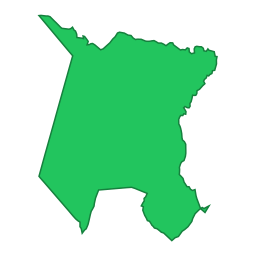 outline of Brejo da Madre de Deus, Pernambuco, Brazil
{"feature_id": "56859067B57083131073603", "entity_name": "Brejo da Madre de Deus", "entity_type": "district", "adm_level": 2, "iso_a3": "BRA", "parent_name": "Brazil", "parent_adm1": "Pernambuco", "projection": "equal_earth", "projection_center": [-36.237, -8.078], "detail": "fine", "context": "isolated", "style": "filled", "palette": "green", "viewbox_px": 256, "rotation_deg": 0, "n_neighbors": 0, "source": "geoboundaries", "source_scale": "gbopen_adm2", "svg_char_len": 2575}
<svg xmlns="http://www.w3.org/2000/svg" viewBox="0 0 256 256"><path d="M163.7,233.0L171.8,240.6L175.1,237.7L178.4,236.5L182.2,231.2L184.6,229.6L188.0,226.7L191.8,221.5L192.7,218.5L195.1,213.7L199.0,209.8L200.6,208.7L199.5,205.7L196.8,198.5L196.0,195.6L195.0,189.6L192.5,190.5L190.5,189.3L189.1,186.8L186.9,186.6L185.7,184.6L184.1,182.2L183.0,178.4L181.1,176.3L179.3,174.5L179.5,172.2L179.6,169.5L179.4,167.3L180.7,163.4L181.8,161.8L184.0,160.5L185.4,156.4L185.8,153.3L185.8,150.2L185.7,144.2L184.4,141.7L182.5,140.0L182.0,137.8L181.7,133.6L181.2,130.8L180.6,128.2L180.0,126.3L178.8,124.0L178.7,119.4L179.6,117.2L180.6,115.5L182.8,115.5L183.8,113.8L185.7,114.2L186.0,111.7L184.8,109.5L183.7,107.8L185.0,106.5L187.3,107.7L189.1,107.8L190.1,106.2L189.9,103.5L191.1,101.7L192.0,98.3L192.6,95.2L194.2,95.4L195.8,95.3L196.8,93.6L197.0,90.7L199.5,89.3L202.7,85.7L204.9,83.7L203.6,81.2L204.5,79.4L206.2,78.0L207.1,75.4L208.7,75.9L209.9,74.5L211.9,73.5L212.5,70.7L214.7,70.3L216.5,63.9L216.4,59.9L217.0,56.6L215.2,56.4L214.2,51.7L211.3,50.9L209.0,50.3L207.9,48.9L206.3,51.3L203.9,50.8L203.3,48.3L201.5,46.8L199.2,46.7L196.8,46.3L195.2,46.8L194.2,48.9L194.5,52.9L191.4,53.7L189.3,51.9L189.0,48.5L187.2,47.9L185.3,49.9L182.6,49.5L180.4,50.0L173.6,44.9L172.7,42.9L170.1,42.7L167.9,44.2L166.0,45.7L163.7,44.2L161.4,43.1L158.4,43.1L155.9,41.6L154.0,40.6L151.6,40.9L150.1,41.2L148.4,41.3L145.8,41.2L141.2,39.3L137.3,39.2L135.4,39.5L133.2,38.1L131.0,35.5L128.0,35.1L124.4,33.1L119.5,32.2L117.5,33.0L115.2,36.7L112.7,39.1L109.9,42.8L103.1,48.9L100.6,49.8L95.0,45.0L92.6,43.5L90.9,43.7L89.3,44.6L87.1,44.8L88.2,41.4L86.6,39.1L84.6,36.5L83.1,36.0L83.5,38.6L82.0,38.2L76.9,37.5L76.7,34.2L75.5,31.1L74.0,30.0L72.5,27.2L70.8,28.6L69.0,29.2L61.8,28.3L60.1,26.8L56.4,23.0L54.0,20.7L50.0,16.7L47.9,16.0L45.9,16.0L41.0,15.4L39.0,15.6L67.2,49.3L72.7,55.8L65.0,83.2L62.5,92.1L60.7,98.5L55.5,117.1L54.9,119.4L44.9,154.9L39.0,176.3L40.7,178.4L43.7,181.8L68.8,210.9L73.0,215.9L75.7,218.9L77.8,220.7L80.0,222.1L80.0,226.7L81.2,228.5L82.2,233.2L84.6,230.0L86.2,228.8L87.4,226.0L88.1,224.2L89.1,220.0L90.3,214.6L91.2,211.3L92.6,208.9L94.0,206.2L94.3,203.7L95.5,198.2L96.3,196.0L97.8,192.1L98.6,190.0L126.9,187.6L131.6,187.3L135.2,188.5L147.2,193.4L145.7,196.8L144.1,198.4L144.2,201.0L143.0,202.7L141.3,205.9L143.3,206.7L142.8,210.2L144.7,215.3L146.3,218.1L147.4,220.6L149.5,221.3L150.9,223.4L151.9,225.2L153.2,226.4L154.4,228.0L157.2,228.8L159.8,230.9L161.3,232.2L163.7,233.0ZM200.6,208.7L205.0,212.5L209.0,205.9L204.0,208.5L202.2,207.5L200.6,208.7Z" fill="#22c55e" stroke="#15803d" stroke-width="1.5"/></svg>